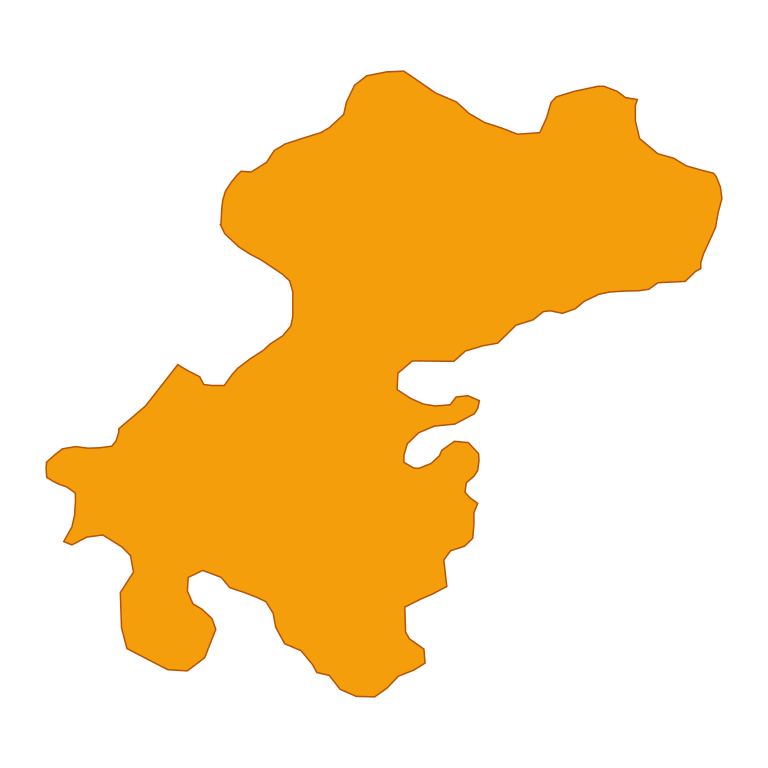 Khojavend District, Xocavənd, Azerbaijan (Natural Earth projection)
{"feature_id": "54616110B38461317640181", "entity_name": "Khojavend District", "entity_type": "district", "adm_level": 2, "iso_a3": "AZE", "parent_name": "Azerbaijan", "parent_adm1": "Xocavənd", "projection": "natural_earth1", "projection_center": [47.013, 39.65], "detail": "fine", "context": "isolated", "style": "filled", "palette": "amber", "viewbox_px": 768, "rotation_deg": 0, "n_neighbors": 0, "source": "geoboundaries", "source_scale": "gbopen_adm2", "svg_char_len": 2620}
<svg xmlns="http://www.w3.org/2000/svg" viewBox="0 0 768 768"><path d="M637.3,99.5L625.4,97.6L617.3,91.4L604.0,86.3L597.9,86.3L574.1,91.4L556.4,96.8L551.1,102.3L546.7,117.5L539.8,132.7L517.6,134.2L501.5,128.0L484.5,122.5L469.2,113.6L456.3,101.9L435.3,92.9L430.0,89.1L403.8,71.1L386.4,71.9L366.7,75.8L354.6,85.2L346.5,101.9L343.7,114.4L329.5,127.6L320.7,132.7L305.7,137.3L285.1,144.0L274.2,150.6L266.6,162.3L251.2,172.0L241.0,171.3L236.6,175.7L231.1,182.5L225.4,191.3L222.7,200.3L221.8,208.7L220.9,224.5L220.4,224.6L224.8,233.7L238.7,246.8L250.1,254.2L260.8,259.7L282.5,274.2L289.7,280.9L292.8,292.0L292.8,302.6L292.8,316.5L290.9,325.9L282.8,335.8L270.3,343.9L262.9,350.6L250.8,358.4L237.6,368.4L231.9,374.8L224.3,385.5L211.9,385.5L203.7,384.5L199.7,376.7L188.2,370.9L178.9,365.4L177.9,364.5L145.5,406.0L118.8,428.8L118.8,432.1L116.1,440.9L111.7,446.2L99.3,447.8L88.1,448.2L75.7,446.6L62.5,448.8L54.8,454.8L46.5,462.2L46.1,468.4L46.7,477.4L53.3,481.4L59.1,484.3L67.0,487.1L75.3,493.1L75.5,501.1L74.6,515.1L71.9,527.0L63.7,541.6L71.9,544.9L86.8,537.1L102.9,535.0L122.0,547.0L130.5,555.6L133.5,572.1L120.3,592.6L121.5,627.6L123.9,636.9L127.0,648.6L147.8,659.4L167.8,669.7L177.3,670.3L187.3,670.9L204.7,657.7L210.3,643.3L215.8,629.3L212.0,618.6L201.8,609.1L192.9,603.8L187.4,591.0L188.2,577.4L202.7,570.4L221.3,577.4L229.8,587.7L244.7,592.6L257.4,597.6L265.9,601.7L273.1,613.2L275.7,627.2L284.6,643.7L301.1,650.7L312.6,664.7L316.8,672.5L329.2,675.4L340.2,689.4L356.3,696.4L374.6,696.9L386.9,688.2L398.4,676.2L413.7,670.1L425.1,663.1L423.9,649.1L409.4,638.8L405.6,632.2L404.8,607.1L420.5,599.2L431.9,594.3L435.5,592.4L446.8,586.5L443.8,560.1L450.6,550.7L464.6,546.2L472.7,538.3L473.9,524.4L473.9,512.8L477.7,503.4L469.7,497.6L465.0,492.3L466.3,482.8L473.9,476.3L477.7,470.5L479.0,460.6L478.6,453.7L468.4,442.6L454.4,441.3L441.7,450.4L439.5,455.7L431.1,463.5L418.7,468.4L413.7,468.0L403.9,462.3L403.9,455.3L407.3,443.8L418.7,432.7L434.4,426.1L454.8,424.1L465.0,418.7L474.3,413.8L477.7,408.5L479.4,400.7L467.9,395.7L456.1,397.0L450.1,404.8L435.3,406.0L423.0,404.0L410.2,398.2L397.1,389.6L397.9,373.2L412.4,360.9L453.9,361.3L465.4,351.0L483.2,345.7L497.6,343.2L506.1,335.0L515.9,325.2L533.2,319.8L543.4,311.6L550.2,310.8L562.5,313.3L575.2,308.8L584.1,301.4L598.6,294.4L609.6,292.0L624.4,291.1L639.3,290.7L648.8,289.3L658.0,282.7L685.2,281.4L695.2,271.7L700.8,268.5L700.8,262.7L703.5,253.9L709.6,240.6L715.5,227.5L718.2,212.5L721.9,198.7L720.4,187.0L716.2,176.6L713.5,173.2L700.4,169.9L686.4,165.9L673.6,158.2L657.7,153.7L639.6,138.5L635.4,121.0L635.3,105.8L637.3,99.5Z" fill="#f59e0b" stroke="#b45309" stroke-width="1.5"/></svg>